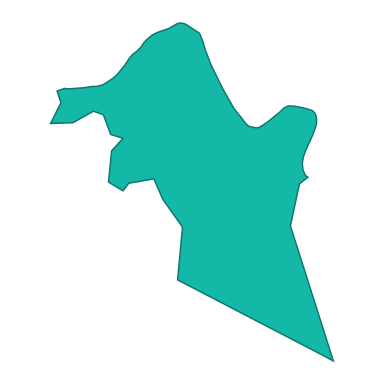 Hancock, Kentucky, United States of America (Mercator projection)
{"feature_id": "52423323B75226033138099", "entity_name": "Hancock", "entity_type": "district", "adm_level": 2, "iso_a3": "USA", "parent_name": "United States of America", "parent_adm1": "Kentucky", "projection": "mercator", "projection_center": [-86.797, 37.827], "detail": "fine", "context": "isolated", "style": "filled", "palette": "teal", "viewbox_px": 384, "rotation_deg": 0, "n_neighbors": 0, "source": "geoboundaries", "source_scale": "gbopen_adm2", "svg_char_len": 981}
<svg xmlns="http://www.w3.org/2000/svg" viewBox="0 0 384 384"><path d="M307.9,177.2L305.6,175.6L303.0,170.1L302.3,163.0L303.3,157.3L305.5,150.8L313.0,134.4L316.0,125.8L316.6,122.5L316.5,118.4L315.5,114.3L314.2,112.3L311.9,110.3L303.5,107.9L294.1,106.1L288.0,106.0L284.1,107.9L279.4,112.4L267.2,122.3L260.7,126.5L258.9,127.5L256.0,127.9L248.8,126.3L246.3,124.1L233.7,108.1L222.8,88.8L211.2,65.2L205.0,49.1L203.0,42.0L199.6,33.3L187.3,25.2L184.3,23.7L183.9,23.5L180.2,23.0L177.5,23.5L168.5,28.6L157.7,32.3L152.4,34.9L146.7,39.7L143.8,42.8L141.2,46.8L136.9,51.2L132.7,54.4L129.9,57.5L124.4,65.8L116.4,75.4L112.7,78.5L103.2,84.7L96.7,86.4L92.4,86.4L83.6,87.8L68.0,88.9L64.7,88.4L57.1,91.0L60.9,102.7L50.6,123.5L72.9,122.7L93.5,111.2L103.4,114.8L110.7,134.5L123.0,138.3L111.6,150.9L108.5,182.1L123.0,190.8L128.7,183.3L153.8,178.8L162.8,199.3L182.5,227.1L177.6,279.9L320.6,354.2L333.4,361.0L290.4,225.9L299.5,183.8L307.9,177.2Z" fill="#14b8a6" stroke="#0f766e" stroke-width="1.5"/></svg>